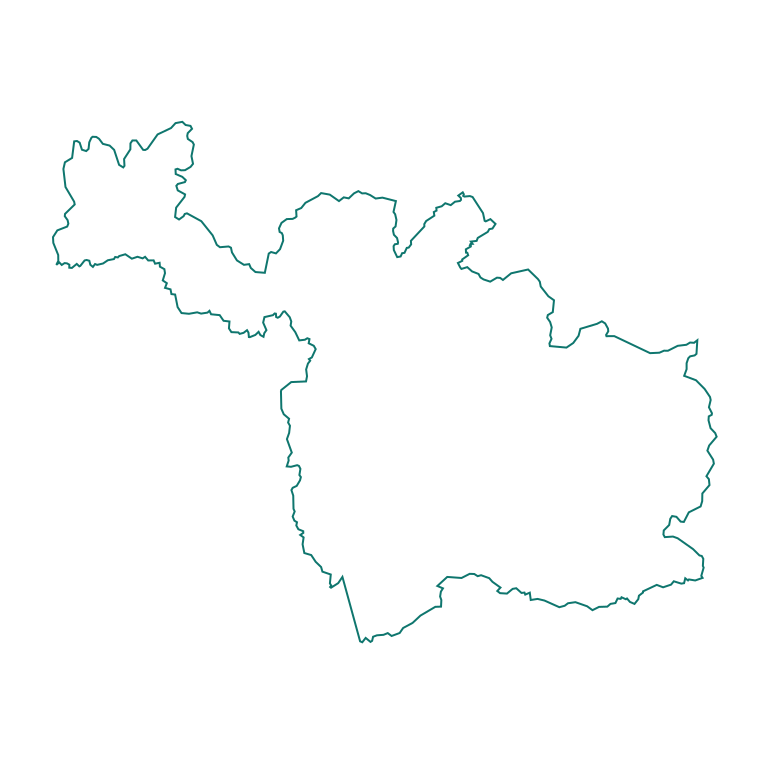 outline of Jopala, Puebla, Mexico, rotated 181°
{"feature_id": "50627088B36485372872762", "entity_name": "Jopala", "entity_type": "district", "adm_level": 2, "iso_a3": "MEX", "parent_name": "Mexico", "parent_adm1": "Puebla", "projection": "albers", "projection_center": [-97.765, 20.202], "detail": "fine", "context": "isolated", "style": "outline", "palette": "teal", "viewbox_px": 768, "rotation_deg": 181, "n_neighbors": 0, "source": "geoboundaries", "source_scale": "gbopen_adm2", "svg_char_len": 6107}
<svg xmlns="http://www.w3.org/2000/svg" viewBox="0 0 768 768"><g transform="rotate(181 384 384)"><path d="M590.2,642.6L597.0,641.2L601.4,636.2L614.7,629.6L624.6,615.1L626.9,613.8L628.9,613.9L635.9,623.2L639.8,623.1L641.7,620.2L641.7,614.2L647.8,604.4L647.3,597.6L648.5,596.0L652.7,598.5L657.9,613.4L662.5,617.6L669.3,619.2L673.2,624.2L676.0,626.0L679.7,626.1L680.9,625.0L682.9,620.5L683.5,613.9L685.8,611.7L690.1,613.0L692.5,620.0L695.2,621.6L698.0,621.2L699.8,604.6L706.9,600.1L708.3,593.4L705.9,575.4L697.0,560.9L696.4,558.1L705.9,548.5L706.1,546.2L703.2,542.3L702.4,538.8L703.5,535.9L713.3,531.9L717.5,525.1L717.1,519.3L712.0,507.3L711.8,501.4L713.7,497.4L710.8,499.9L708.3,497.4L705.5,499.3L703.1,499.1L700.7,497.8L700.7,494.8L698.1,494.6L693.3,498.7L690.7,496.3L689.7,496.8L685.5,502.3L683.5,502.8L680.8,502.1L679.7,498.1L677.1,496.0L675.0,498.9L672.9,498.1L667.0,499.6L662.3,502.9L656.2,504.2L655.0,506.3L652.3,505.9L651.0,507.3L644.9,509.2L638.3,504.9L632.7,506.9L627.5,505.4L625.1,507.0L621.9,503.4L616.5,503.6L615.0,500.3L610.5,501.3L610.1,497.4L605.6,495.0L604.9,491.0L607.0,483.7L602.9,481.0L604.6,476.3L599.1,474.9L598.1,470.2L594.4,469.8L591.7,457.3L587.7,451.4L580.2,450.8L572.0,452.4L568.1,451.2L561.7,452.3L559.8,454.1L558.1,450.7L549.5,450.0L545.5,444.4L539.6,443.8L540.0,436.9L537.5,433.2L530.5,433.0L529.2,431.6L525.3,432.7L521.9,435.4L520.4,433.0L519.9,428.6L519.0,428.5L513.5,430.8L510.3,434.0L508.5,430.8L505.3,429.1L504.6,432.7L502.5,435.8L505.9,443.3L504.7,448.8L496.2,450.9L494.6,452.6L493.3,452.4L493.0,449.1L491.4,448.4L489.3,449.6L485.9,454.6L484.5,454.9L479.4,449.1L477.8,444.9L478.4,440.7L473.6,434.3L469.5,426.1L463.8,426.9L461.5,428.4L459.3,427.6L460.0,423.4L454.9,421.0L452.9,417.7L456.6,409.3L459.5,407.6L458.2,406.0L460.4,403.1L462.1,397.2L461.1,390.4L462.0,385.2L476.8,384.3L486.6,376.2L486.9,374.8L486.2,357.5L483.7,352.0L478.3,347.6L479.2,343.8L477.3,340.6L478.0,333.4L480.1,327.2L475.0,313.8L478.4,308.8L478.0,305.8L479.8,299.9L475.5,299.6L469.4,301.3L467.6,300.6L466.1,297.7L467.0,291.5L465.5,289.5L466.3,286.2L469.5,280.6L473.5,278.6L474.7,276.3L472.8,270.8L472.3,257.6L471.1,255.0L473.0,249.9L471.2,245.8L468.6,244.3L469.2,241.0L467.1,237.3L462.2,235.4L462.1,233.7L465.1,231.6L461.7,229.2L462.6,222.3L460.7,213.6L453.8,211.7L449.2,205.0L443.7,199.9L442.3,195.3L433.9,192.6L434.6,183.7L433.2,181.5L434.3,180.1L433.4,179.4L426.3,184.1L422.2,190.4L403.4,126.3L401.2,125.4L397.9,129.8L393.0,125.9L391.4,127.0L390.5,131.1L386.7,132.6L380.1,133.2L375.9,135.0L372.0,132.2L364.0,135.3L360.6,140.4L351.3,145.6L343.5,153.1L328.8,162.1L323.1,162.4L322.9,169.0L324.2,172.5L323.5,177.4L321.5,180.7L327.1,183.0L317.4,192.2L303.1,191.4L295.0,195.7L290.4,195.6L287.0,193.5L283.6,194.5L275.4,191.7L272.1,188.1L264.0,182.5L267.1,179.0L264.3,176.9L257.4,176.6L251.8,181.4L248.2,182.1L242.9,177.5L239.9,177.9L239.1,175.9L234.6,177.9L233.5,170.6L226.7,171.8L219.8,170.3L204.8,163.9L199.5,165.4L196.2,168.0L188.8,169.2L177.0,165.3L171.6,161.5L165.1,164.9L156.8,165.3L153.7,168.1L148.8,169.0L146.7,173.6L143.6,173.3L142.8,174.9L138.4,173.0L137.3,173.8L134.3,170.4L129.7,168.5L126.0,173.3L125.4,176.8L121.4,180.0L121.4,181.2L107.8,187.9L101.4,185.6L93.5,188.4L90.8,191.8L83.3,189.6L80.5,190.1L79.4,195.0L76.6,192.9L75.7,193.9L69.4,193.0L62.1,195.7L63.4,197.7L61.2,206.0L62.0,207.7L61.7,214.8L63.3,217.6L65.6,218.1L72.1,224.3L87.7,234.9L92.4,236.5L100.6,235.8L102.0,238.4L101.7,242.5L96.4,248.0L95.4,254.2L93.6,257.0L89.3,256.3L85.0,251.6L81.8,251.3L77.0,261.0L65.3,267.1L63.8,272.4L63.8,280.1L56.8,288.6L57.5,294.5L60.0,297.4L52.8,310.1L53.6,314.1L59.5,323.0L57.8,328.2L50.5,337.1L52.0,340.7L56.7,345.5L58.9,353.4L58.7,357.3L55.8,358.9L55.6,360.5L58.7,366.4L57.1,373.7L57.8,376.7L63.3,384.6L72.1,393.2L84.0,397.4L81.7,404.1L81.8,410.1L80.2,415.1L78.4,417.0L73.9,418.0L72.1,419.6L71.5,433.2L74.7,430.6L78.7,430.8L82.3,428.5L91.0,427.3L100.7,422.2L104.6,422.2L109.2,420.1L118.5,419.5L154.6,435.9L162.4,435.7L162.8,436.9L160.7,440.6L161.0,443.3L163.9,448.4L167.3,450.5L172.0,447.9L188.6,442.6L190.3,435.6L195.5,428.3L202.2,423.6L218.8,424.8L219.3,427.5L217.3,432.1L218.7,435.6L217.3,443.5L219.0,448.9L222.0,453.1L221.4,455.8L216.5,458.8L215.5,470.7L221.2,474.6L229.0,484.2L230.0,489.0L231.9,491.6L241.9,501.0L258.8,496.9L266.9,490.1L269.7,492.1L272.9,492.3L279.6,488.2L286.3,490.3L289.4,492.2L291.4,495.7L297.9,498.1L302.8,502.3L308.6,500.4L309.8,501.8L312.2,506.3L307.9,508.5L308.0,509.9L302.1,514.2L303.0,516.7L304.3,516.8L304.5,520.1L299.6,523.0L299.6,524.8L300.9,523.3L299.9,525.6L297.9,525.7L299.6,527.9L293.9,528.7L292.8,531.7L282.9,537.9L281.4,540.7L278.3,541.3L275.3,546.0L280.5,550.7L285.1,548.4L286.2,548.9L288.0,556.6L298.7,572.5L301.4,573.4L306.9,572.8L308.1,573.5L307.5,575.1L308.6,577.0L313.0,573.7L310.4,571.3L310.2,569.5L311.3,568.3L316.2,567.5L320.4,564.0L325.9,565.8L329.4,562.7L334.8,561.1L334.5,558.3L337.2,556.8L336.6,553.2L344.7,547.7L346.5,544.6L346.4,542.2L359.6,527.6L359.3,524.1L361.7,520.8L363.6,520.5L365.8,515.5L368.2,515.1L369.6,511.8L373.0,511.1L376.5,518.1L376.8,522.0L375.6,523.9L372.7,524.4L372.4,525.8L373.5,530.2L376.7,533.4L377.6,537.2L377.5,539.6L375.2,541.7L374.4,548.2L375.8,553.9L377.5,556.2L375.3,567.1L388.8,570.3L395.6,569.3L401.2,572.7L405.6,574.4L409.2,574.2L413.0,576.4L417.3,574.1L422.5,569.0L427.5,569.9L432.2,566.1L441.5,572.4L450.2,573.8L453.3,570.7L465.7,563.8L469.8,558.5L474.9,556.2L474.4,549.9L475.7,548.8L478.2,547.5L484.1,547.2L489.3,543.3L491.7,537.8L491.0,534.2L488.8,533.1L487.8,530.9L487.3,525.5L490.3,517.0L494.3,512.7L499.2,514.0L501.5,512.4L505.1,493.1L514.5,493.7L519.2,497.7L520.9,501.5L526.1,500.7L533.2,505.0L538.3,512.9L539.4,517.6L541.8,518.8L550.4,517.9L553.6,520.2L557.9,529.6L569.5,543.6L584.0,551.2L586.2,550.5L587.3,548.3L591.8,544.9L595.8,547.3L594.9,556.7L586.7,567.6L586.2,570.1L593.6,574.0L595.1,578.5L593.6,580.4L586.6,582.4L585.7,584.3L589.3,587.6L595.9,590.3L596.2,594.9L594.2,595.6L590.7,594.1L586.7,594.3L581.2,597.7L578.8,600.8L580.5,608.5L578.3,620.1L579.6,622.5L584.4,625.6L585.1,628.6L584.6,631.4L580.4,635.8L582.0,638.7L586.9,639.5L590.2,642.6Z" fill="none" stroke="#0f766e" stroke-width="2"/></g></svg>